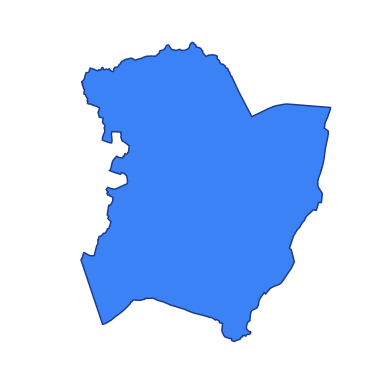 Nong Saeng, Saraburi, Thailand (Natural Earth projection), rotated 11°
{"feature_id": "78962969B44780208263164", "entity_name": "Nong Saeng", "entity_type": "district", "adm_level": 2, "iso_a3": "THA", "parent_name": "Thailand", "parent_adm1": "Saraburi", "projection": "natural_earth1", "projection_center": [100.788, 14.482], "detail": "fine", "context": "isolated", "style": "filled", "palette": "blue", "viewbox_px": 384, "rotation_deg": 11, "n_neighbors": 0, "source": "geoboundaries", "source_scale": "gbopen_adm2", "svg_char_len": 5777}
<svg xmlns="http://www.w3.org/2000/svg" viewBox="0 0 384 384"><g transform="rotate(11 192 192)"><path d="M311.9,82.6L269.3,87.4L266.4,88.0L259.0,90.9L256.4,92.1L254.2,93.5L251.0,95.7L236.3,106.6L219.5,85.6L208.8,70.9L208.1,70.6L207.3,69.8L206.1,67.3L205.0,66.6L203.9,64.5L202.9,63.8L201.7,63.7L200.4,62.0L198.5,60.8L197.9,60.6L196.9,60.9L196.5,60.9L194.5,59.4L194.2,58.4L194.0,58.1L192.6,57.1L191.8,56.9L191.6,56.7L191.2,55.7L191.0,54.3L190.8,53.9L190.5,53.6L187.7,53.3L185.9,53.4L182.1,54.5L180.4,56.0L180.0,56.1L179.7,56.1L178.7,55.3L177.5,54.6L176.5,53.6L176.0,52.9L175.5,51.5L174.3,50.7L173.6,49.8L173.1,49.3L170.3,48.8L168.6,48.9L168.4,48.6L167.7,47.0L166.3,46.5L165.0,45.2L164.2,45.0L163.6,45.2L163.0,45.8L162.2,47.0L161.9,48.3L161.6,51.1L161.4,51.4L160.2,52.7L157.8,54.3L156.9,54.6L154.3,54.9L153.8,54.8L153.0,54.3L152.5,54.3L152.1,54.5L150.5,55.5L149.7,55.9L147.3,56.1L145.4,56.0L144.8,55.8L144.1,55.4L142.7,53.8L141.5,52.6L140.7,52.2L140.2,52.2L139.7,52.5L139.0,53.5L138.7,54.0L138.1,56.2L136.9,57.8L135.8,58.5L134.8,58.8L133.4,59.8L133.3,60.1L133.4,61.5L133.3,62.1L132.3,63.0L131.1,64.8L130.5,65.5L128.3,66.0L125.1,66.5L123.4,67.0L121.4,67.4L120.3,68.2L119.0,68.8L117.4,70.1L112.4,72.6L111.1,73.5L110.7,73.5L109.5,72.7L106.7,72.2L106.0,72.5L104.3,73.4L102.0,74.3L100.5,75.3L99.4,76.5L98.0,77.2L97.3,79.4L96.3,80.8L95.9,81.5L95.5,83.1L95.3,83.4L94.6,83.8L92.9,84.1L92.4,84.4L91.7,86.0L91.7,86.5L91.9,87.2L92.0,87.7L91.9,88.3L91.5,88.7L90.8,88.9L89.5,88.6L88.6,88.1L87.6,87.0L87.3,86.9L86.2,87.7L84.4,87.7L82.9,88.5L82.0,88.7L81.7,88.6L81.5,88.4L81.1,87.3L80.4,86.8L79.7,87.5L79.5,88.3L79.3,88.5L79.0,89.7L78.5,89.9L77.3,89.7L77.1,90.6L76.6,91.0L76.3,91.1L75.4,90.7L74.2,90.9L72.5,90.1L71.4,90.2L71.0,90.0L68.4,89.8L68.3,90.7L68.0,91.6L68.1,93.5L67.3,94.4L66.0,94.9L65.3,95.1L65.1,97.0L64.8,97.9L64.8,99.7L64.6,101.0L64.8,101.5L64.7,101.9L63.4,104.0L62.8,104.6L62.8,105.6L63.9,106.3L63.6,107.0L63.7,107.4L65.0,109.3L66.0,111.4L66.8,111.7L67.2,116.3L67.6,116.5L68.8,116.8L69.6,118.1L70.7,119.5L71.7,120.3L71.7,122.7L71.9,122.9L72.5,123.2L72.6,125.0L73.3,125.3L76.1,125.1L79.1,125.9L81.6,125.9L85.3,127.2L85.3,127.7L84.6,131.5L84.6,131.9L86.7,136.3L86.9,136.4L88.1,136.2L90.6,136.3L90.8,139.2L90.7,140.3L91.8,141.8L94.0,143.1L94.2,144.4L93.7,144.7L93.5,145.6L93.7,146.2L94.3,147.1L94.9,150.2L94.8,150.6L94.3,151.6L93.8,155.2L94.0,157.4L94.2,158.2L99.7,159.1L102.1,159.3L103.7,159.2L103.7,156.6L102.8,153.8L102.5,152.4L101.8,150.9L101.9,147.9L102.8,147.9L109.6,146.9L110.9,146.9L110.9,148.2L111.5,149.3L111.7,149.8L111.6,150.6L111.8,152.1L112.8,153.5L113.4,154.9L118.3,156.9L119.0,157.4L121.4,158.5L121.5,158.7L122.1,164.8L121.4,165.4L121.3,166.7L121.1,166.9L120.1,167.5L119.2,167.2L118.7,167.5L118.4,169.0L118.6,169.2L118.4,170.3L117.6,170.3L117.3,171.9L116.8,172.1L115.7,171.8L114.3,172.2L111.2,171.2L108.8,175.3L108.4,176.3L108.1,177.7L107.9,180.2L108.0,183.5L107.7,184.7L107.6,185.1L107.5,185.8L106.9,186.7L112.8,187.7L118.4,188.3L118.6,188.2L119.0,186.4L120.2,186.4L122.4,187.1L123.2,187.5L124.8,188.6L126.6,193.6L126.8,196.1L126.7,196.3L116.1,203.8L113.8,204.1L111.4,204.0L108.6,203.5L107.7,204.9L107.6,205.6L107.4,206.0L108.1,206.6L108.7,207.5L109.6,207.6L109.7,208.6L108.7,209.4L110.1,211.2L110.3,211.3L110.8,211.0L111.9,210.9L112.0,211.4L112.6,211.6L113.1,211.8L115.6,212.4L115.6,214.1L115.9,215.7L115.6,216.9L114.6,220.0L114.5,220.5L113.0,220.7L112.9,220.8L112.8,222.7L113.1,228.9L113.1,230.7L115.0,232.1L114.4,234.0L118.1,236.7L117.5,243.0L117.2,243.7L116.9,243.9L115.9,244.6L116.0,245.4L115.9,245.9L114.6,248.9L114.4,249.0L112.9,249.5L111.4,252.4L109.2,253.5L109.2,255.4L108.6,257.2L109.0,257.5L109.1,258.3L109.5,260.4L108.7,263.2L108.4,267.3L108.4,269.2L108.2,271.0L108.3,273.0L106.1,273.7L103.8,274.0L97.8,272.1L97.5,272.1L97.3,272.5L96.8,277.4L96.0,279.9L129.5,339.0L131.4,338.0L133.4,336.5L137.0,333.3L140.3,329.3L144.9,324.3L147.9,320.6L149.8,317.9L152.6,313.5L152.9,311.7L153.0,311.5L153.7,311.5L153.9,311.3L154.6,309.7L155.5,309.0L161.0,308.4L162.2,308.1L166.2,306.1L166.3,305.6L166.6,305.4L172.0,304.1L173.7,303.6L174.8,303.7L176.6,304.3L179.3,304.9L183.6,305.2L187.5,305.9L192.8,307.1L197.7,307.5L203.1,308.2L206.7,308.5L209.7,309.2L216.2,310.4L227.4,311.0L233.8,311.7L234.6,311.5L235.4,311.5L239.6,313.2L240.0,312.4L243.5,313.5L243.8,314.9L244.0,315.1L246.9,315.0L247.3,317.2L247.3,318.4L247.6,320.2L247.4,321.2L248.9,324.7L249.6,325.0L250.3,326.4L250.7,326.9L251.9,327.8L253.1,328.2L257.3,328.6L258.8,328.2L259.0,328.5L259.0,329.6L259.1,329.9L259.7,330.2L261.7,330.7L267.0,327.4L267.4,327.0L268.0,325.4L268.8,324.8L269.2,324.3L269.4,323.9L269.3,323.2L270.3,322.8L271.0,322.9L271.7,323.2L272.3,323.2L272.6,322.0L272.8,321.8L273.4,321.4L274.0,320.9L275.3,320.9L275.7,320.7L275.9,320.0L276.4,319.6L276.5,319.2L276.5,318.8L276.2,318.0L274.5,317.9L272.9,317.0L272.0,316.2L271.7,315.8L271.3,315.0L271.1,313.9L271.2,311.2L271.6,309.5L272.1,308.5L272.5,308.0L272.8,307.7L273.5,307.3L273.2,306.0L272.8,301.7L272.9,298.4L273.2,297.4L273.6,296.8L273.9,296.4L277.2,294.0L277.7,293.6L278.7,290.7L278.6,288.7L278.7,285.2L278.9,284.3L281.9,277.0L283.7,278.1L285.7,274.3L287.0,272.1L287.7,271.2L289.9,269.4L294.8,266.3L296.4,265.0L296.9,264.2L298.4,261.4L301.5,253.8L304.0,248.1L304.6,245.9L305.8,241.1L300.5,229.8L300.2,229.5L298.5,228.9L298.4,228.8L300.0,215.9L302.7,208.5L304.4,206.3L306.1,201.0L307.8,198.4L308.2,196.8L308.4,195.6L308.8,194.5L309.3,193.5L314.4,186.5L314.7,186.4L317.5,186.2L318.3,178.1L321.0,177.7L320.3,169.0L320.0,168.4L314.8,162.8L314.4,161.9L313.4,157.4L313.7,152.9L314.5,148.7L315.0,143.1L315.3,138.3L315.3,136.1L315.0,129.4L314.6,124.7L314.8,111.6L314.6,108.4L314.0,106.1L309.5,104.0L309.7,102.0L309.5,100.8L309.5,99.6L309.8,97.0L310.7,93.4L311.6,87.6L311.9,84.7L311.9,82.6Z" fill="#3b82f6" stroke="#1e3a8a" stroke-width="1.5"/></g></svg>